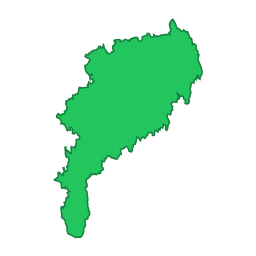 Ballinasloe Lea-6, Galway, Ireland (Natural Earth projection), rotated 75°
{"feature_id": "5873133B97089647818716", "entity_name": "Ballinasloe Lea-6", "entity_type": "district", "adm_level": 2, "iso_a3": "IRL", "parent_name": "Ireland", "parent_adm1": "Galway", "projection": "natural_earth1", "projection_center": [-8.386, 53.453], "detail": "fine", "context": "isolated", "style": "filled", "palette": "green", "viewbox_px": 256, "rotation_deg": 75, "n_neighbors": 0, "source": "geoboundaries", "source_scale": "gbopen_adm2", "svg_char_len": 5822}
<svg xmlns="http://www.w3.org/2000/svg" viewBox="0 0 256 256"><g transform="rotate(75 128 128)"><path d="M41.3,130.2L43.4,131.6L43.9,133.0L43.9,133.5L42.0,133.5L41.7,135.2L43.9,136.8L43.7,137.3L44.2,137.9L44.5,139.5L44.1,140.1L44.3,140.8L44.0,141.4L44.7,142.0L44.5,143.7L46.0,144.3L45.5,146.2L47.1,146.8L46.1,149.4L46.8,149.3L47.5,151.0L48.6,150.4L51.0,147.6L52.6,147.2L53.2,147.3L53.5,148.5L55.8,150.4L56.7,153.6L61.2,154.0L64.3,153.4L64.7,152.8L66.9,151.8L66.7,148.8L67.4,148.8L67.6,151.4L70.8,152.1L71.8,151.9L71.1,150.5L71.2,149.9L73.4,148.6L74.0,148.9L73.7,149.7L75.7,150.3L75.7,152.5L73.3,153.9L75.4,155.1L75.7,156.0L78.1,155.9L77.4,163.0L76.7,163.0L76.2,164.6L82.2,167.7L82.0,168.2L82.3,168.6L81.6,169.5L82.5,171.4L81.9,172.8L85.5,173.8L84.3,174.3L84.9,176.1L85.3,176.4L84.7,177.3L85.7,177.5L85.4,178.1L86.0,179.7L85.8,180.7L88.0,181.8L91.7,181.5L94.6,182.3L94.8,183.8L95.9,185.3L96.6,185.0L97.7,186.0L97.5,188.1L98.8,189.5L97.7,189.9L96.1,191.8L97.6,193.7L99.5,194.0L100.7,192.0L104.5,190.4L106.5,191.8L106.5,190.3L107.8,189.4L107.3,188.8L108.8,188.2L114.6,187.4L115.0,187.0L114.1,185.9L114.9,185.2L115.3,184.0L112.6,183.9L112.6,182.6L113.9,182.0L115.2,182.1L119.0,183.1L119.9,181.6L118.7,180.2L119.0,179.4L120.6,178.3L122.4,178.2L122.8,177.1L123.6,176.9L125.7,177.6L126.1,178.9L125.8,181.1L128.8,181.6L130.0,182.6L131.5,182.8L131.7,183.7L133.2,184.0L131.4,187.8L136.0,189.0L137.2,188.8L137.9,189.5L136.8,190.4L136.8,191.2L136.1,191.0L134.3,192.0L134.8,192.6L133.9,192.9L133.6,193.7L130.3,192.9L130.4,193.9L133.8,194.5L134.8,194.1L135.4,194.8L136.6,194.6L136.7,195.1L137.4,195.0L138.1,195.5L140.6,194.8L140.7,193.4L141.7,193.1L144.9,193.7L145.7,194.6L150.0,196.4L149.3,197.1L153.3,197.4L153.4,198.4L153.8,198.4L153.9,200.2L149.6,200.1L149.7,201.1L154.1,200.8L154.6,202.2L155.2,202.9L156.9,202.8L154.9,205.4L153.3,205.3L152.9,207.1L156.3,207.8L157.4,208.5L159.0,212.6L159.4,212.5L161.8,208.4L163.0,207.4L164.1,206.9L168.8,207.6L169.2,207.2L169.3,205.0L168.6,203.6L170.4,204.2L170.7,202.4L172.8,202.0L174.3,200.9L174.6,203.5L176.0,203.0L179.2,203.3L179.0,204.4L179.7,204.6L179.6,205.5L180.0,206.3L181.4,206.4L183.8,207.8L183.2,208.8L183.4,209.0L185.8,208.6L188.1,210.8L187.2,210.8L187.9,212.1L187.0,212.2L187.0,213.0L189.3,213.8L191.1,213.7L192.1,214.2L196.3,214.6L196.9,215.3L200.0,213.2L202.2,212.7L204.2,213.1L206.9,212.4L212.4,213.5L214.7,213.2L217.1,210.1L219.5,207.9L220.4,206.1L220.6,204.1L221.2,202.3L220.2,200.3L217.2,197.9L213.2,196.5L211.9,194.8L210.4,194.1L205.7,193.5L205.3,190.3L203.9,190.0L201.8,187.5L198.5,186.7L198.4,187.4L197.9,187.6L197.0,187.6L195.9,186.9L193.4,187.2L190.3,186.4L189.1,186.5L187.9,186.1L187.4,185.4L178.7,184.1L176.5,185.1L174.4,184.6L174.3,184.1L174.6,183.5L173.5,182.3L168.1,182.3L166.6,181.0L166.7,180.3L166.2,179.9L165.8,178.1L164.6,177.7L164.8,176.8L164.1,176.0L162.7,175.6L164.0,173.8L164.1,172.6L163.5,171.9L164.9,170.8L164.0,168.7L164.5,168.4L164.7,166.3L163.2,166.5L161.6,162.5L160.0,162.5L158.1,163.7L157.5,162.9L153.2,161.9L153.9,161.2L154.5,159.7L153.4,158.8L151.8,159.0L151.7,158.2L152.0,156.9L150.6,156.5L150.3,156.0L150.5,155.3L149.7,153.7L152.7,151.4L152.3,151.0L153.7,149.9L153.5,149.0L154.6,148.4L155.2,146.8L155.1,146.3L153.4,145.0L153.3,144.2L151.8,143.4L151.5,141.3L149.6,141.0L147.5,141.2L146.9,140.9L146.5,140.1L147.0,138.6L146.5,138.0L146.4,136.4L145.4,135.7L145.4,134.4L145.9,133.7L149.0,132.8L150.2,133.2L151.6,131.9L151.4,131.2L151.9,130.8L150.9,129.6L148.4,128.9L148.0,128.2L145.5,127.0L145.2,125.9L145.5,125.2L144.4,124.4L139.1,121.8L139.2,121.3L141.0,120.0L142.2,119.9L143.5,119.2L142.2,118.6L140.6,116.4L140.8,115.6L142.3,114.4L142.2,113.8L140.7,112.8L140.2,111.8L140.4,111.4L137.7,109.4L138.4,107.3L138.2,106.6L139.6,105.9L140.8,106.4L141.6,106.0L141.9,105.6L141.8,104.6L137.4,102.4L138.1,101.1L139.7,100.1L136.8,98.6L136.9,98.2L138.1,97.7L136.3,96.6L136.3,95.6L137.0,94.7L135.1,93.2L133.8,92.8L134.6,92.4L134.9,91.4L136.4,90.8L138.9,92.2L140.3,91.2L138.4,89.6L135.6,88.7L135.3,88.1L134.4,87.8L134.2,86.8L132.2,86.5L127.4,87.3L125.1,86.7L125.0,85.5L126.3,83.6L125.0,82.6L123.2,82.4L122.5,81.8L122.6,81.3L122.1,80.1L120.5,80.3L118.6,79.3L117.1,80.1L115.8,80.0L114.5,77.9L115.7,74.1L113.8,73.4L112.0,71.9L113.2,71.5L112.9,70.9L111.1,70.8L107.5,71.5L108.4,70.6L110.4,70.0L110.5,69.1L111.3,69.4L111.0,68.9L111.2,67.5L112.0,66.5L114.6,66.6L116.1,65.3L118.8,66.5L119.4,66.2L120.1,64.7L119.8,62.9L117.5,61.6L116.0,62.2L115.2,61.8L115.0,61.0L113.8,60.0L112.1,59.7L110.8,58.9L110.7,58.3L106.2,57.8L103.9,56.4L103.1,56.6L103.2,56.3L101.8,55.5L100.8,54.4L101.1,53.1L101.6,52.8L98.4,51.3L98.3,50.9L99.1,49.7L95.5,47.9L95.1,46.8L96.4,46.9L97.8,47.6L99.6,45.8L96.9,45.0L96.8,44.2L95.4,43.4L95.5,43.1L93.2,41.9L87.8,41.7L79.7,42.8L75.9,40.7L76.1,41.5L71.8,40.7L69.6,41.7L67.3,41.4L65.9,40.7L63.6,42.4L64.1,44.0L58.1,43.4L57.5,44.0L57.8,44.4L57.0,44.9L50.3,45.5L50.4,46.9L47.6,48.8L48.7,50.4L48.7,51.5L46.2,52.4L45.0,53.8L45.0,54.4L42.3,55.2L40.5,55.0L34.8,56.4L35.4,57.2L34.9,57.5L35.5,58.6L37.1,60.3L38.3,60.3L38.4,61.1L43.3,61.5L43.9,61.0L45.2,61.3L46.4,63.7L48.7,63.3L47.8,64.3L47.9,65.4L47.5,66.6L47.8,68.0L47.2,68.7L47.0,70.3L47.4,71.2L46.8,72.0L46.8,72.8L47.3,73.0L47.5,75.4L46.4,76.5L46.8,77.6L44.8,78.5L44.4,79.0L45.2,79.0L46.7,79.9L46.2,82.1L42.0,83.4L42.2,84.3L41.6,85.0L43.4,85.8L43.3,88.1L43.7,89.7L43.5,90.5L45.7,91.1L46.7,92.0L47.5,95.2L43.5,95.3L42.7,96.0L42.2,98.2L42.7,98.7L42.3,99.9L42.7,100.5L42.5,101.7L43.1,102.0L43.0,102.8L44.4,103.3L44.4,103.9L43.5,104.3L43.0,106.1L41.6,107.7L42.2,109.8L42.7,110.1L42.6,113.1L41.1,112.6L40.4,113.5L39.5,117.7L40.1,119.0L42.1,118.5L40.8,117.6L43.3,118.0L44.0,119.9L44.6,119.9L45.2,120.5L44.8,121.3L46.4,122.0L47.8,122.3L49.8,121.3L50.4,124.1L51.1,124.4L51.5,127.4L51.0,128.3L49.4,128.2L49.3,129.2L46.8,129.3L44.9,130.5L42.9,130.0L41.3,130.2Z" fill="#22c55e" stroke="#15803d" stroke-width="1.5"/></g></svg>